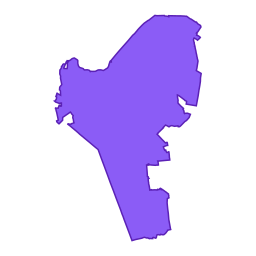 Baneasa, Constanta, Romania
{"feature_id": "2599482B79766722586515", "entity_name": "Baneasa", "entity_type": "district", "adm_level": 2, "iso_a3": "ROU", "parent_name": "Romania", "parent_adm1": "Constanta", "projection": "mercator", "projection_center": [27.719, 44.045], "detail": "fine", "context": "isolated", "style": "filled", "palette": "violet", "viewbox_px": 256, "rotation_deg": 0, "n_neighbors": 0, "source": "geoboundaries", "source_scale": "gbopen_adm2", "svg_char_len": 5641}
<svg xmlns="http://www.w3.org/2000/svg" viewBox="0 0 256 256"><path d="M74.4,58.0L74.1,58.0L72.7,58.4L72.0,58.7L70.7,59.8L70.0,60.3L68.4,61.1L68.1,61.9L67.7,62.1L67.5,63.3L67.3,63.6L67.2,63.9L67.5,64.6L67.3,67.6L67.1,68.6L64.0,68.5L63.9,68.1L63.9,67.7L64.0,67.4L64.5,66.4L66.4,61.8L66.5,61.6L67.5,61.4L68.3,60.7L67.8,60.7L67.9,60.8L67.9,61.0L67.6,61.2L66.5,61.5L66.4,61.6L65.2,64.3L63.9,63.9L63.3,64.1L62.8,64.5L62.3,65.8L61.5,66.3L61.4,67.7L61.2,68.2L60.4,69.5L59.9,70.0L59.8,74.0L60.6,76.1L60.5,78.3L61.7,84.2L61.7,84.6L61.6,84.8L59.9,86.9L59.7,87.3L59.5,89.9L60.1,90.3L60.3,90.6L60.4,90.9L60.6,95.2L57.4,93.5L57.1,93.2L56.9,93.3L56.8,94.1L56.3,95.3L56.7,95.7L56.7,95.8L55.9,96.4L56.6,97.4L56.3,99.4L55.2,100.5L55.3,100.8L55.3,101.0L55.1,101.3L54.8,101.3L55.7,102.1L56.9,102.5L59.0,103.3L60.2,103.4L60.4,103.3L60.4,103.1L60.9,103.0L61.4,103.0L61.4,106.0L61.1,106.2L60.3,106.2L60.1,105.9L59.9,105.2L59.2,105.2L58.1,108.2L57.4,108.1L56.8,108.2L55.6,108.0L55.5,108.6L55.8,108.7L56.0,109.7L56.1,110.6L56.7,112.5L58.3,120.1L56.6,120.9L56.8,121.8L58.7,123.7L59.1,123.8L62.6,120.3L62.7,117.4L66.6,114.7L69.1,113.0L69.6,112.5L70.5,112.1L71.9,114.2L73.2,115.6L72.8,116.8L72.8,117.3L72.8,117.8L72.9,118.2L73.2,118.9L73.6,121.5L73.8,122.3L74.0,122.8L72.2,123.5L71.9,123.5L71.4,123.7L71.4,123.9L71.2,124.1L70.4,124.2L69.7,124.2L68.4,123.8L68.1,123.8L68.1,124.0L67.9,124.3L69.7,125.6L78.0,132.6L79.8,134.3L89.7,142.5L94.9,146.9L98.1,149.5L101.3,158.3L104.3,166.3L106.7,172.8L107.2,174.1L110.4,182.9L113.4,190.7L116.5,199.1L120.6,209.8L121.3,211.9L121.8,213.3L122.3,214.7L123.0,216.3L124.0,219.2L129.7,234.3L132.0,240.6L135.7,239.5L141.9,238.2L143.0,237.7L144.4,237.3L146.8,238.0L147.2,238.0L147.7,237.8L149.3,238.7L149.6,238.5L152.7,238.6L152.7,238.1L152.8,237.6L153.1,237.4L153.8,237.5L155.2,238.0L155.8,238.2L156.0,237.9L156.4,237.3L156.5,236.4L157.0,234.9L157.3,234.8L158.1,234.6L160.0,235.0L160.3,234.5L160.7,234.3L162.1,234.7L163.8,234.7L165.3,233.5L165.7,233.1L166.4,232.2L166.8,231.6L167.6,230.6L167.6,230.2L168.3,230.1L169.1,229.8L170.1,229.7L170.7,229.5L170.6,229.2L170.5,228.9L168.8,219.5L168.3,213.4L167.7,208.9L167.1,202.7L167.3,199.2L167.4,198.5L168.9,197.9L169.0,197.8L168.8,197.4L168.7,196.0L168.8,195.3L168.3,194.2L168.4,193.9L162.7,189.7L161.9,189.2L161.7,189.7L161.1,189.6L160.8,188.5L160.4,188.3L160.0,188.5L159.7,188.8L159.4,189.4L159.3,189.5L157.8,189.4L157.7,189.9L157.2,189.9L157.2,189.6L156.5,190.0L155.0,189.8L151.5,190.0L151.4,189.7L151.2,189.7L151.1,189.9L149.8,190.1L149.6,188.3L149.0,184.9L148.7,184.3L148.6,182.4L148.4,181.5L148.3,180.7L148.2,178.6L148.6,178.5L148.9,178.4L148.3,177.6L148.3,177.3L148.3,177.0L148.2,176.8L147.4,176.6L147.3,174.1L146.6,165.1L148.0,165.1L147.6,164.5L148.5,163.9L149.0,164.1L149.6,164.8L151.2,165.0L155.6,165.3L156.5,165.1L158.1,165.1L158.4,165.0L158.3,163.7L158.1,162.7L158.1,161.8L157.8,161.1L158.2,161.1L167.7,160.2L169.1,160.1L169.8,160.0L169.6,158.2L169.4,157.5L169.3,155.5L168.9,151.9L168.7,151.8L167.1,152.5L166.8,152.5L166.7,152.2L166.3,151.8L166.1,151.3L166.1,151.2L165.8,150.5L165.7,150.0L165.4,150.0L164.8,150.3L164.1,149.0L163.7,148.0L163.4,146.8L166.1,145.7L167.4,145.4L167.7,145.4L167.3,142.8L167.1,142.4L166.6,142.4L165.4,142.9L161.6,139.0L157.1,134.2L158.2,133.0L158.1,132.9L163.4,127.8L163.2,127.5L165.5,125.1L167.6,126.0L168.4,126.6L169.1,126.8L170.3,126.0L170.7,125.8L171.9,125.6L174.5,126.3L175.4,126.2L176.0,126.0L176.9,126.1L177.6,125.9L177.9,125.8L178.2,126.7L178.4,126.7L179.4,126.7L179.7,126.6L180.8,125.7L185.0,121.4L186.1,120.8L187.0,120.0L188.9,117.8L189.1,117.6L190.4,114.3L187.5,113.2L185.3,113.3L184.6,113.6L184.1,112.9L184.1,112.2L184.0,111.6L183.7,110.3L183.2,109.6L183.0,109.2L183.5,108.6L183.5,108.4L181.1,106.3L180.1,105.3L179.0,104.1L178.2,103.4L178.1,103.1L177.9,101.8L178.1,100.6L178.0,99.7L177.6,97.8L177.5,96.7L177.4,95.3L177.4,95.0L178.8,95.6L179.6,96.2L184.2,99.7L184.5,99.9L185.0,100.6L185.6,100.7L186.6,101.5L186.2,104.1L196.3,105.8L197.3,100.3L198.2,95.5L199.0,89.8L199.2,89.0L199.8,85.5L200.4,81.4L200.5,77.9L201.0,74.6L201.2,73.7L201.1,73.4L196.3,70.6L196.9,68.2L198.0,61.1L197.8,60.2L197.3,58.4L197.1,57.1L197.0,56.7L196.7,56.1L196.8,55.5L196.7,55.1L196.1,52.6L195.9,51.1L195.5,49.4L195.1,47.6L195.0,46.6L194.7,46.3L194.6,46.2L194.8,46.0L194.8,45.8L194.3,43.9L194.2,42.4L193.9,41.8L193.7,40.9L193.5,39.8L193.5,39.4L193.8,38.8L193.9,38.2L194.1,38.0L194.9,38.4L196.2,39.2L197.1,39.8L197.5,40.2L199.0,38.9L199.9,37.9L200.3,37.6L199.9,36.9L198.4,35.9L197.2,35.4L196.6,35.2L196.9,34.4L197.0,33.8L197.0,33.1L196.5,33.0L196.9,32.4L197.4,32.2L197.8,31.8L200.9,27.1L200.8,26.2L200.4,25.4L197.9,23.9L197.0,22.9L196.7,22.3L196.6,22.2L196.3,22.0L195.6,22.1L191.1,19.1L190.8,19.1L190.2,18.8L189.3,18.2L188.1,17.3L186.7,16.3L186.3,16.2L186.0,16.3L184.6,16.1L180.8,15.9L178.1,15.9L173.6,15.8L168.7,15.7L168.7,16.7L167.6,16.3L166.1,16.1L164.7,16.0L164.5,15.9L164.3,15.5L156.9,15.7L154.9,15.4L148.9,20.1L148.0,20.5L144.2,23.2L142.2,25.1L138.9,28.5L137.4,30.2L137.1,30.7L136.2,31.7L134.2,34.1L133.7,34.3L132.4,35.6L128.4,40.4L119.7,50.2L115.6,55.0L111.1,60.5L111.0,60.9L111.3,61.4L111.3,61.6L111.2,61.7L111.3,62.0L111.1,62.1L110.9,62.0L110.3,61.1L110.2,61.2L110.0,61.5L109.7,62.4L109.4,63.3L108.9,64.8L108.7,65.8L108.2,66.9L107.8,67.6L107.5,68.0L106.3,68.7L104.8,69.7L103.3,70.5L100.7,69.8L100.0,70.0L99.6,69.9L99.3,69.8L98.0,70.0L95.4,71.3L92.8,71.4L91.1,71.3L90.3,71.6L89.9,70.9L89.5,70.5L89.2,70.3L88.7,70.1L87.4,69.8L85.0,69.9L84.4,69.9L84.1,69.7L83.7,69.3L83.4,68.8L83.1,68.6L82.0,68.2L79.8,67.5L79.4,67.2L78.7,66.3L78.4,65.7L78.1,64.7L77.9,63.9L77.8,63.1L77.8,60.6L77.6,60.2L77.1,59.7L74.4,58.0Z" fill="#8b5cf6" stroke="#5b21b6" stroke-width="1.5"/></svg>